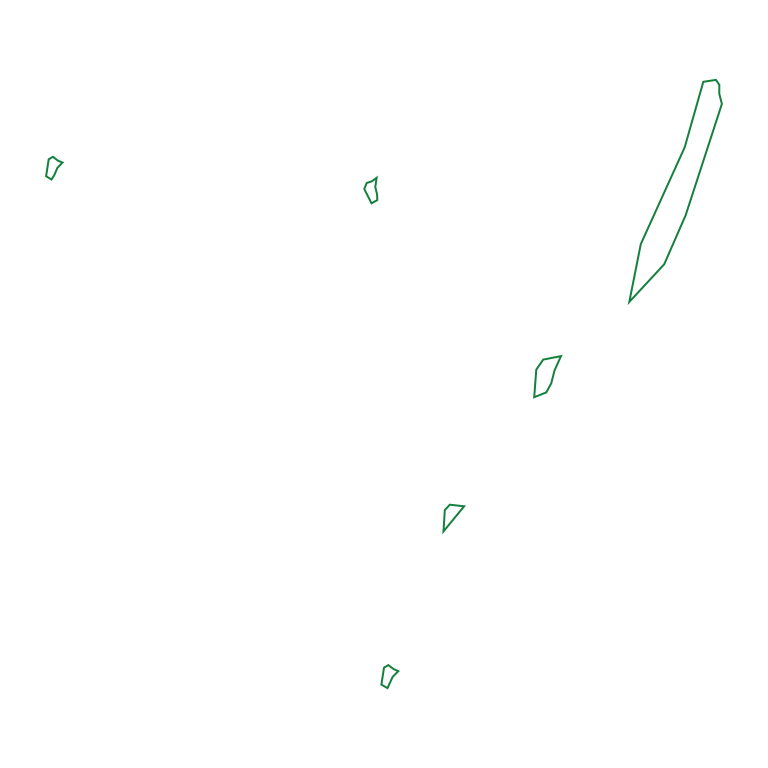 map outline of Haa Dhaalu (Equal Earth projection)
{"feature_id": "MDV-5224", "entity_name": "Haa Dhaalu", "entity_type": "Atoll", "adm_level": 1, "iso_a3": "MDV", "parent_name": "Maldives", "parent_adm1": "", "projection": "equal_earth", "projection_center": [72.994, 6.597], "detail": "coarse", "context": "isolated", "style": "outline", "palette": "green", "viewbox_px": 768, "rotation_deg": 0, "n_neighbors": 0, "source": "natural_earth", "source_scale": "10m", "svg_char_len": 718}
<svg xmlns="http://www.w3.org/2000/svg" viewBox="0 0 768 768"><path d="M703.3,81.8L715.9,79.9L719.3,84.7L719.3,93.9L721.9,103.9L685.6,215.4L664.2,264.3L629.3,301.9L640.8,244.1L684.7,147.3L703.3,81.8ZM561.0,356.1L554.5,370.5L551.3,383.2L546.3,392.4L534.2,397.2L536.3,369.6L543.2,359.6L561.0,356.1ZM464.1,506.3L443.5,531.4L444.8,510.1L449.8,504.7L464.1,506.3ZM398.3,671.2L392.7,676.8L387.5,688.1L381.4,684.6L384.0,667.7L388.3,665.1L393.5,669.0L398.3,671.2ZM376.6,177.8L375.3,187.1L377.1,194.4L377.3,200.1L371.5,203.3L364.3,189.0L366.7,183.0L371.9,181.3L376.6,177.8ZM62.5,162.5L57.3,168.0L54.3,175.1L51.5,179.5L46.1,176.2L48.7,159.3L53.0,156.8L58.0,160.7L62.5,162.5Z" fill="none" stroke="#15803d" stroke-width="2"/></svg>